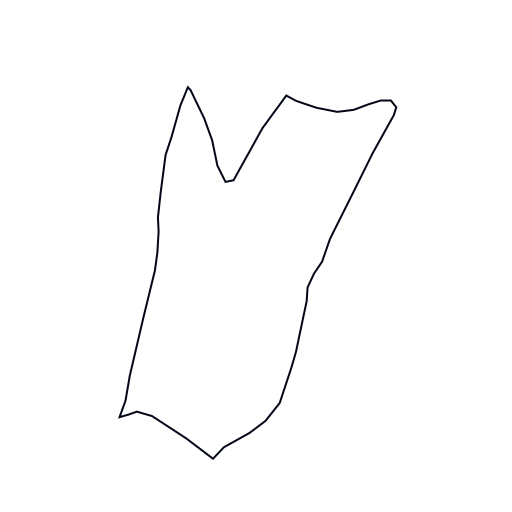 outline of Al-Thawra, Baghdad, Iraq, rotated 343°
{"feature_id": "34846034B91170973982462", "entity_name": "Al-Thawra", "entity_type": "district", "adm_level": 2, "iso_a3": "IRQ", "parent_name": "Iraq", "parent_adm1": "Baghdad", "projection": "equal_earth", "projection_center": [44.467, 33.386], "detail": "fine", "context": "isolated", "style": "outline", "palette": "ink", "viewbox_px": 512, "rotation_deg": 343, "n_neighbors": 0, "source": "geoboundaries", "source_scale": "gbopen_adm2", "svg_char_len": 911}
<svg xmlns="http://www.w3.org/2000/svg" viewBox="0 0 512 512"><g transform="rotate(343 256 256)"><path d="M78.4,370.2L87.8,370.4L96.5,370.0L109.7,378.6L136.0,410.1L155.6,437.3L169.4,429.5L198.1,423.3L217.0,416.4L235.7,403.5L257.2,373.1L266.3,359.2L281.5,331.6L291.2,314.1L296.1,301.2L306.5,289.6L317.5,280.8L331.9,261.1L367.4,223.8L397.8,191.6L429.0,161.6L433.6,154.8L430.5,146.8L420.9,143.8L408.3,143.8L392.1,144.8L375.8,141.9L357.3,132.0L347.1,124.7L339.6,119.3L331.9,111.4L323.3,117.9L315.6,123.6L308.4,129.0L299.6,135.6L295.1,139.9L290.7,144.2L274.0,160.3L261.5,172.3L256.7,177.0L248.5,176.2L245.5,158.3L247.9,132.5L247.2,119.2L246.7,109.1L243.9,91.1L242.7,83.2L242.0,78.6L240.2,74.7L227.8,89.8L210.0,117.5L199.1,132.9L183.8,166.5L176.6,183.2L173.5,190.5L170.0,204.2L162.6,224.1L155.1,240.3L130.0,282.5L100.0,334.1L99.0,336.2L88.9,356.2L78.4,370.2Z" fill="none" stroke="#020617" stroke-width="2"/></g></svg>